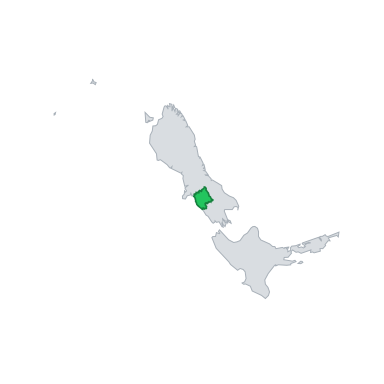 Hurunui District, Canterbury, New Zealand shown in context, rotated 104°
{"feature_id": "76426892B32484543258144", "entity_name": "Hurunui District", "entity_type": "district", "adm_level": 2, "iso_a3": "NZL", "parent_name": "New Zealand", "parent_adm1": "Canterbury", "projection": "robinson", "projection_center": [172.736, -42.667], "detail": "fine", "context": "in_parent", "style": "filled", "palette": "green", "viewbox_px": 384, "rotation_deg": 104, "n_neighbors": 0, "source": "geoboundaries", "source_scale": "gbopen_adm2", "svg_char_len": 7655}
<svg xmlns="http://www.w3.org/2000/svg" viewBox="0 0 384 384"><g transform="rotate(104 192 192)"><path d="M201.1,156.0L202.7,156.1L209.7,151.1L212.6,150.0L213.4,149.9L211.8,151.4L212.2,152.5L210.5,155.9L211.9,155.4L212.8,153.0L213.7,152.5L213.3,151.2L217.5,151.6L216.1,154.0L213.9,155.4L215.2,155.5L218.5,153.1L218.4,154.5L214.3,158.6L215.5,160.8L214.4,162.7L215.6,162.5L217.2,163.9L216.2,165.7L211.7,170.5L211.0,172.8L206.9,177.0L202.5,184.8L194.3,189.8L195.8,191.2L192.9,193.1L195.2,192.7L196.8,195.7L200.4,196.7L200.7,199.5L198.3,200.3L196.0,199.0L192.6,199.5L193.7,198.3L192.3,197.5L189.8,199.9L186.2,197.1L188.2,200.4L181.1,204.1L178.2,204.4L177.1,206.5L175.4,206.6L176.4,207.3L174.2,217.6L172.2,217.6L174.1,218.7L173.8,219.7L171.5,222.7L168.3,230.5L169.5,232.3L169.4,233.6L163.5,235.7L154.9,245.0L147.0,246.3L142.5,245.3L137.4,245.9L136.5,243.3L134.7,241.9L130.0,241.9L127.8,239.0L125.8,238.3L123.6,239.8L116.3,239.6L115.0,239.1L114.7,238.0L117.4,235.1L114.9,236.7L113.8,236.5L114.8,235.2L114.6,233.9L111.7,235.2L111.8,232.7L118.4,231.0L115.8,230.8L115.6,229.9L118.1,228.0L114.7,228.2L115.2,225.9L117.1,225.9L116.4,224.3L120.3,225.9L119.8,224.4L121.3,223.9L118.6,222.8L118.4,221.1L119.8,219.9L121.6,220.5L120.3,219.0L123.5,216.2L124.3,218.4L124.5,215.2L128.5,212.2L130.2,213.4L129.4,210.6L136.2,203.5L140.1,201.7L142.2,202.0L145.7,199.8L147.3,200.7L146.7,199.1L147.1,198.4L156.1,194.3L156.1,193.0L157.1,192.8L156.4,192.4L161.6,188.0L163.7,188.3L162.5,187.0L164.6,185.8L166.7,186.8L165.5,185.4L167.4,184.5L168.4,185.7L168.4,184.0L171.5,180.4L172.1,183.3L172.5,182.9L172.3,180.1L174.5,176.7L176.2,176.1L175.4,175.1L178.6,164.8L181.9,163.5L184.9,160.4L186.9,154.7L187.5,150.4L189.4,147.2L194.5,143.2L198.7,143.2L195.8,143.6L195.4,145.7L196.2,147.5L199.3,148.7L201.1,156.0ZM199.1,41.0L203.6,48.7L206.0,46.3L206.3,48.1L210.8,50.2L211.6,49.4L215.3,51.4L215.9,54.1L218.4,53.2L221.5,58.9L221.0,60.4L222.0,62.4L219.4,62.6L225.1,71.3L224.4,74.4L225.3,76.5L223.9,80.4L226.3,81.6L227.2,80.6L232.1,83.0L233.2,86.7L235.5,86.6L234.8,77.8L233.4,75.6L234.4,74.2L237.5,78.8L238.8,78.6L240.2,82.4L241.7,90.6L243.7,93.2L242.6,92.7L242.4,93.4L243.4,94.2L252.6,98.3L259.7,100.1L263.7,98.5L266.2,95.2L270.2,92.6L273.9,92.8L277.6,95.0L275.5,99.5L273.5,109.6L269.3,112.6L268.3,117.7L269.0,119.7L268.2,121.4L266.5,119.2L262.9,118.6L256.6,121.1L254.8,123.6L254.6,126.8L256.9,128.8L253.0,137.1L250.9,139.3L240.8,154.9L231.4,161.7L230.2,161.0L229.4,158.4L225.5,158.5L225.8,155.4L225.3,155.1L223.8,156.8L222.1,156.2L229.5,144.9L230.9,139.3L229.5,136.3L227.5,133.6L221.4,131.2L218.4,128.3L212.6,126.0L210.9,124.6L210.2,122.7L211.3,119.7L214.5,117.8L219.1,116.7L221.9,113.6L223.6,104.1L225.4,100.6L224.9,98.4L226.7,96.9L223.9,90.8L224.5,88.9L223.6,88.7L222.0,84.8L223.0,84.7L224.0,86.8L225.0,85.0L226.8,84.6L224.8,82.2L222.2,82.9L220.4,82.1L219.1,78.5L216.4,74.5L217.2,74.3L219.4,76.3L220.2,74.8L218.8,72.5L219.3,70.2L217.6,68.8L217.3,70.3L214.3,68.2L212.6,64.5L212.6,66.4L216.1,71.7L215.1,72.7L214.5,72.2L205.4,58.3L208.5,54.4L206.6,55.2L204.9,57.5L204.0,56.6L203.5,54.8L201.2,52.5L202.3,51.1L202.3,49.3L195.4,39.7L200.2,39.2L199.1,41.0ZM131.7,247.4L134.3,250.9L132.9,250.6L132.9,251.4L135.6,252.2L135.6,253.7L126.1,256.8L129.7,251.0L129.4,247.5L131.7,247.4ZM110.2,314.4L111.1,316.5L108.0,315.4L106.4,315.9L108.8,313.8L109.0,311.5L111.2,311.8L110.2,314.4ZM235.2,69.1L235.7,71.8L232.9,69.8L232.7,68.4L233.5,67.4L235.2,69.1ZM212.2,149.0L210.3,150.0L210.8,147.8L212.9,146.5L212.2,149.0ZM114.9,230.0L114.7,231.3L112.0,230.8L114.1,229.4L114.9,230.0ZM150.0,343.6L150.7,344.4L149.3,344.8L147.9,343.6L150.0,343.6ZM117.8,222.1L118.5,224.1L116.7,223.1L117.8,222.1Z" fill="#d9dde1" stroke="#a8b0b8" stroke-width="1"/><path d="M192.3,172.9L192.3,173.1L192.2,173.2L192.1,173.4L192.0,173.5L191.9,173.7L191.9,173.8L191.8,174.1L191.9,174.3L191.8,174.5L191.6,174.6L191.4,174.8L191.1,174.7L190.5,174.9L190.4,175.0L190.2,175.2L190.2,175.3L189.8,175.4L189.8,175.5L189.7,175.7L189.5,175.9L189.3,176.0L189.3,175.9L189.2,175.9L189.0,176.0L188.9,176.0L188.9,176.3L188.7,176.5L188.4,176.7L188.3,176.8L188.2,177.0L188.1,177.3L187.8,177.6L187.7,177.6L187.2,178.1L187.0,178.3L187.1,178.5L187.0,178.8L186.9,178.8L186.7,178.8L186.3,179.0L186.3,178.9L186.1,179.0L185.9,179.0L185.7,179.0L185.3,179.1L185.3,179.3L185.1,179.3L184.9,179.5L184.7,179.5L184.5,179.8L184.4,180.2L184.3,180.3L184.1,180.4L184.1,180.7L184.1,180.9L184.1,181.0L184.4,180.8L184.5,180.9L184.5,181.0L184.8,181.2L185.0,181.3L185.3,181.4L185.6,181.5L185.8,181.7L186.1,181.6L186.2,181.8L186.3,181.9L186.4,182.1L186.5,182.2L186.6,182.3L186.8,182.4L186.9,182.5L187.1,182.8L187.2,183.0L187.4,183.0L187.5,183.0L187.8,183.0L188.0,182.9L188.1,183.0L188.3,182.9L188.6,183.1L188.9,183.0L189.0,182.9L189.2,183.0L189.3,183.1L189.2,183.3L188.9,183.7L189.1,183.8L189.1,184.1L189.0,184.3L188.9,184.4L188.8,184.5L188.7,184.5L188.8,184.8L189.1,184.9L189.3,184.8L189.4,185.1L189.2,185.2L189.4,185.3L189.4,185.5L189.7,185.7L190.0,185.7L190.3,185.5L190.2,185.8L190.3,186.0L190.5,186.1L190.8,185.8L190.8,185.7L191.3,185.7L191.4,185.9L191.5,186.0L191.4,186.2L191.4,186.3L191.2,186.5L191.4,186.9L191.4,187.1L191.5,187.0L191.6,187.3L191.6,187.6L191.5,187.8L191.9,187.9L192.0,187.7L191.9,187.6L192.0,187.5L192.3,187.4L192.2,187.5L192.3,187.6L192.5,187.7L192.4,187.7L192.3,187.8L192.5,187.9L192.5,188.0L192.4,188.1L192.6,188.0L192.8,188.0L192.9,187.9L193.0,187.7L193.1,187.8L193.2,188.1L193.0,188.4L193.0,188.5L193.3,188.8L193.4,189.0L193.5,189.2L193.5,189.3L193.8,189.3L193.9,189.2L194.0,189.0L194.2,188.6L194.3,188.5L194.5,188.6L194.8,188.6L195.0,188.6L195.0,188.8L195.3,189.0L195.4,188.9L195.5,189.0L195.6,189.3L195.8,189.4L196.4,188.2L196.8,187.6L197.3,187.4L197.9,186.9L198.1,186.9L198.5,186.8L198.6,186.7L198.9,186.6L199.0,186.5L199.4,186.4L199.6,186.2L200.0,186.0L200.3,186.0L200.5,186.1L200.6,185.9L200.8,185.6L201.4,185.0L201.7,184.8L201.9,184.8L202.1,184.8L202.5,184.6L202.8,184.4L202.9,184.2L203.3,183.7L203.6,183.5L203.6,183.4L203.8,183.2L203.7,183.1L203.7,182.9L203.7,182.7L204.0,182.3L204.2,182.1L204.4,181.8L204.5,181.8L204.6,181.6L204.6,181.4L204.8,181.0L205.8,178.8L205.9,178.7L206.0,178.3L206.1,178.1L206.3,177.9L206.2,177.7L205.9,177.5L206.0,177.4L205.8,177.3L205.7,177.4L205.8,177.4L205.7,177.4L205.6,177.5L205.6,177.4L205.4,177.4L205.2,177.2L204.9,177.2L204.7,177.0L204.7,176.9L204.9,176.8L205.3,177.0L205.4,176.7L205.4,176.3L205.5,176.2L205.4,176.1L205.3,175.9L205.2,175.8L205.1,175.7L205.1,175.4L205.0,175.2L204.9,175.2L204.8,175.3L204.7,175.1L204.8,175.1L204.7,175.0L204.6,174.8L204.7,174.7L204.5,174.4L204.6,174.2L204.3,174.0L203.9,174.2L203.7,174.4L203.5,174.5L203.3,174.5L203.3,174.4L203.1,174.3L202.9,174.4L202.7,174.3L202.5,174.7L202.3,174.7L202.3,174.8L202.2,175.0L201.7,175.3L201.6,175.5L201.5,175.9L201.2,175.9L200.9,175.8L200.8,176.0L200.5,176.1L200.4,176.4L200.2,176.5L199.9,176.4L200.0,176.2L199.9,176.1L199.6,175.8L199.4,175.9L199.2,175.9L199.1,175.6L199.3,175.5L199.2,175.4L199.3,175.3L199.4,175.1L199.5,175.0L199.5,174.9L199.3,174.9L199.1,175.0L198.6,174.7L198.6,174.3L198.7,174.2L198.4,174.2L198.3,173.8L198.3,173.5L198.1,173.5L197.9,173.5L197.7,173.6L197.3,173.5L197.3,173.2L197.4,172.9L197.5,172.8L197.5,172.6L197.1,172.5L197.0,172.2L197.0,171.8L197.0,171.7L197.1,171.4L196.8,171.5L196.6,171.3L196.6,171.2L196.4,171.1L196.0,171.2L195.9,171.1L195.7,171.1L195.6,170.9L195.6,170.6L195.6,170.4L195.6,170.2L195.3,170.0L195.2,170.1L195.1,169.8L194.8,169.9L194.5,170.0L194.4,170.0L194.4,170.3L194.5,170.5L194.3,170.6L194.1,170.9L194.1,171.1L194.1,171.3L194.2,171.5L193.9,171.8L193.7,171.9L193.4,172.0L193.2,172.3L193.0,172.5L192.8,172.6L192.6,172.8L192.4,172.8L192.3,172.9Z" fill="#22c55e" stroke="#15803d" stroke-width="1.5"/></g></svg>